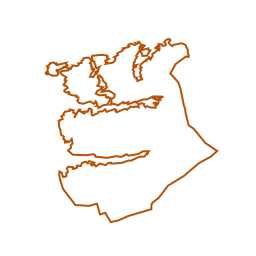 Snillfjord nor, Sør-Trøndelag, Norway, rotated 12°
{"feature_id": "86288312B69677732452167", "entity_name": "Snillfjord nor", "entity_type": "district", "adm_level": 2, "iso_a3": "NOR", "parent_name": "Norway", "parent_adm1": "Sør-Trøndelag", "projection": "orthographic", "projection_center": [9.339, 63.426], "detail": "fine", "context": "isolated", "style": "outline", "palette": "amber", "viewbox_px": 256, "rotation_deg": 12, "n_neighbors": 0, "source": "geoboundaries", "source_scale": "gbopen_adm2", "svg_char_len": 5633}
<svg xmlns="http://www.w3.org/2000/svg" viewBox="0 0 256 256"><g transform="rotate(12 128 128)"><path d="M172.4,46.0L172.5,44.7L170.8,41.9L170.3,39.2L166.7,34.6L162.7,34.0L155.3,37.2L154.3,38.8L150.2,36.4L150.0,35.4L151.3,33.3L150.8,32.7L149.2,32.4L146.9,34.0L145.6,36.5L147.6,38.0L147.7,39.3L144.9,40.5L143.8,39.1L140.5,39.6L142.1,41.7L140.4,42.6L140.1,41.3L139.0,42.8L140.2,42.6L138.9,44.1L142.4,44.0L142.4,45.5L140.5,45.7L138.3,49.0L136.5,50.2L137.0,50.0L136.5,50.7L137.1,52.5L135.8,56.3L134.8,55.6L134.9,54.5L133.6,54.3L133.3,56.3L132.0,57.1L132.0,59.5L131.3,58.0L127.0,63.5L127.4,65.6L128.7,66.0L127.3,67.5L128.7,68.4L128.2,71.7L129.9,73.8L129.0,75.3L131.1,76.3L130.7,76.8L131.5,77.5L127.5,80.1L127.3,79.0L126.3,78.9L126.2,76.9L124.4,77.1L122.9,75.5L121.9,72.6L122.1,71.4L120.5,70.1L121.1,68.0L123.2,66.5L122.4,65.9L123.3,64.6L121.4,65.4L120.9,67.3L120.2,66.5L120.4,63.3L120.0,62.7L120.7,62.1L121.1,58.8L122.2,56.5L121.0,55.8L123.1,50.1L122.6,46.9L124.2,46.1L123.2,45.9L124.1,45.2L125.4,45.9L124.4,47.7L125.0,47.8L127.1,44.0L124.9,43.8L123.2,44.9L123.1,43.4L120.9,41.4L120.0,41.8L120.3,42.5L119.7,43.5L118.0,43.5L118.9,44.1L117.3,45.4L113.2,44.9L111.0,46.6L111.1,47.7L112.1,47.5L112.4,47.8L111.4,48.9L107.0,50.9L107.8,51.2L106.3,52.9L106.6,53.4L101.9,57.3L103.1,58.6L99.6,61.6L101.1,61.9L101.4,63.8L101.0,64.2L101.1,65.4L99.0,67.6L93.0,69.8L93.9,68.0L92.2,68.0L91.8,66.8L95.0,64.3L92.6,63.3L92.5,62.6L93.1,62.0L92.5,61.5L87.3,61.8L78.0,64.8L77.9,67.2L80.1,69.8L81.4,70.0L81.2,70.9L82.9,72.9L83.8,75.4L85.1,76.0L87.4,74.2L86.7,76.1L87.1,77.2L86.3,78.2L86.9,78.9L84.6,79.9L84.6,81.2L85.9,81.2L84.0,83.3L83.7,85.3L80.2,85.8L80.6,83.0L82.8,78.1L82.2,77.1L80.3,78.1L79.8,76.1L80.1,75.6L79.2,75.3L78.9,73.3L77.2,72.6L78.2,71.0L78.1,69.0L74.6,67.3L70.4,68.7L69.8,69.4L70.0,70.6L68.5,71.9L69.1,73.9L65.9,75.1L66.7,76.5L65.4,78.0L60.6,78.3L60.9,79.5L59.3,81.0L59.8,81.5L59.5,82.4L56.8,81.7L58.2,82.7L57.4,83.2L57.6,84.1L51.4,86.0L50.1,87.6L52.0,89.4L57.1,91.2L56.0,93.2L57.8,94.5L56.6,95.3L57.4,95.8L57.0,97.5L57.7,97.6L56.1,98.2L56.2,99.4L59.6,100.1L60.7,101.3L57.9,104.1L58.1,105.4L60.0,106.1L62.6,105.0L63.2,105.6L62.5,106.6L63.3,107.1L66.4,107.6L71.2,107.1L71.5,107.6L71.1,108.2L73.2,108.4L73.4,110.3L72.6,111.6L74.8,113.6L78.8,113.7L85.4,109.9L89.8,111.4L90.9,108.6L91.7,109.2L91.8,110.4L93.0,111.0L92.8,112.3L93.5,112.8L92.8,113.2L94.7,113.3L95.1,114.6L98.8,111.0L103.5,109.1L103.4,107.6L104.6,104.3L104.1,103.1L105.3,102.1L103.6,102.8L102.3,101.7L101.1,102.8L99.8,102.1L99.8,100.8L99.2,100.2L93.6,101.9L89.5,101.3L89.9,98.6L94.2,94.7L94.0,93.9L94.8,93.3L89.2,93.1L90.7,89.8L89.8,89.0L90.5,87.6L88.5,85.6L89.0,85.0L87.7,84.5L87.9,82.9L89.4,82.4L92.8,84.8L93.6,87.0L97.4,89.1L98.1,91.7L99.0,92.5L98.1,94.2L95.2,96.2L94.6,98.1L101.7,95.5L108.0,97.8L108.3,100.2L105.5,104.3L106.7,106.0L106.0,108.7L109.1,107.3L113.4,108.0L117.9,103.5L118.8,104.8L122.8,102.7L122.4,104.5L123.0,105.0L128.7,101.2L130.2,101.8L129.4,101.0L130.2,100.4L132.1,101.8L131.7,100.5L132.4,99.8L136.9,96.9L140.5,96.1L146.1,91.8L156.2,90.0L152.5,92.1L151.4,91.6L153.4,92.7L152.4,93.2L153.0,93.8L151.5,93.7L152.0,94.4L149.1,92.9L146.8,93.7L152.2,94.7L152.6,96.8L152.0,98.6L149.8,97.2L148.0,98.4L149.1,99.3L151.3,99.1L150.3,101.4L150.8,102.4L145.7,103.3L142.2,102.6L140.8,104.1L138.8,102.3L138.7,101.1L135.6,101.0L133.4,103.2L134.2,105.6L131.1,105.2L129.5,106.4L125.7,106.6L125.1,108.4L123.4,109.3L123.5,110.2L120.6,110.1L113.6,115.0L112.3,114.0L112.7,112.8L110.8,112.3L103.7,116.7L101.7,114.5L99.7,116.9L95.8,118.2L95.7,119.6L90.6,123.2L89.3,121.8L89.5,120.2L88.5,119.7L89.0,117.9L87.3,117.0L85.9,117.1L85.1,120.5L83.5,120.6L82.3,122.9L80.7,122.6L81.4,121.2L78.9,121.9L76.9,121.1L77.3,120.1L76.3,120.2L75.9,121.0L76.8,121.1L75.0,123.2L74.7,125.1L73.9,126.8L73.9,128.1L73.7,128.2L73.9,124.9L71.2,124.4L71.1,122.0L67.2,122.0L67.5,123.4L63.0,125.2L61.9,127.6L62.6,128.8L60.4,130.3L62.2,132.8L58.7,135.3L59.5,136.4L59.2,137.3L60.5,141.3L62.2,143.8L63.8,148.4L67.1,149.8L66.9,152.0L68.4,152.6L68.7,153.6L70.2,153.6L69.1,154.6L69.3,155.4L73.3,153.9L75.2,150.4L77.0,154.6L75.7,156.9L76.3,159.2L74.1,162.6L79.7,165.6L92.8,163.3L99.6,160.9L101.2,161.1L102.0,162.8L113.5,161.6L122.7,157.9L127.5,157.7L132.0,154.0L134.1,154.9L136.8,154.0L143.4,151.4L147.3,147.8L153.2,146.4L152.4,149.3L151.8,149.0L149.8,152.6L145.2,153.7L137.6,159.4L135.3,159.7L129.0,163.5L119.1,166.3L118.8,165.5L116.2,166.2L113.7,169.0L107.9,168.6L104.7,172.2L103.1,171.0L99.4,172.4L100.4,171.4L99.2,171.0L102.0,170.0L102.4,169.0L97.0,168.4L95.7,170.8L93.8,169.8L91.1,171.2L90.1,172.2L89.8,175.0L86.6,175.2L86.2,176.2L86.7,176.3L86.0,176.2L86.5,177.3L83.3,179.5L82.4,179.4L82.2,178.7L82.7,178.1L82.0,177.6L77.2,178.5L76.7,180.3L78.4,183.9L77.0,185.0L77.8,187.7L76.5,188.9L74.5,189.3L72.4,185.4L69.9,184.8L70.6,188.4L72.5,193.0L77.1,201.1L92.5,214.3L106.0,212.3L113.4,208.5L118.5,218.3L123.4,215.7L130.7,223.6L137.7,220.5L146.6,214.0L167.7,202.6L166.9,198.0L167.4,196.1L172.7,189.7L179.1,176.1L192.9,163.0L204.6,147.7L215.1,138.7L220.0,131.9L206.8,126.6L192.3,115.0L186.8,112.8L180.9,100.7L180.1,97.7L178.1,94.6L171.0,78.2L167.5,72.7L158.1,65.9L161.2,55.7L169.9,45.9L172.4,46.0ZM53.8,77.2L45.1,81.3L44.2,80.7L45.5,79.3L43.1,80.1L41.9,79.3L37.3,81.2L39.0,80.8L36.0,84.5L37.6,85.0L36.8,86.0L37.5,86.8L37.2,88.6L38.3,90.6L37.6,91.3L36.6,90.3L36.1,91.4L37.2,92.4L39.8,91.7L42.5,92.6L47.6,91.5L48.6,89.7L47.9,88.8L48.1,87.9L46.4,87.2L46.2,86.2L47.9,86.7L48.2,85.9L47.6,85.8L52.1,82.8L51.8,82.2L52.3,81.7L56.7,81.5L53.8,80.8L55.7,79.3L53.5,77.7L53.8,77.2ZM131.4,45.9L125.7,48.7L124.0,50.8L126.2,52.4L127.0,54.5L131.3,53.4L133.7,47.5L131.9,47.6L131.4,45.9Z" fill="none" stroke="#b45309" stroke-width="2"/></g></svg>